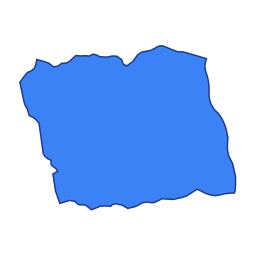 outline of Arandu, São Paulo, Brazil, rotated 257°
{"feature_id": "56859067B50939069677947", "entity_name": "Arandu", "entity_type": "district", "adm_level": 2, "iso_a3": "BRA", "parent_name": "Brazil", "parent_adm1": "São Paulo", "projection": "mercator", "projection_center": [-49.058, -23.176], "detail": "fine", "context": "isolated", "style": "filled", "palette": "blue", "viewbox_px": 256, "rotation_deg": 257, "n_neighbors": 0, "source": "geoboundaries", "source_scale": "gbopen_adm2", "svg_char_len": 1599}
<svg xmlns="http://www.w3.org/2000/svg" viewBox="0 0 256 256"><g transform="rotate(257 128 128)"><path d="M177.9,220.1L185.0,207.4L187.4,203.0L189.7,198.9L191.0,193.8L194.9,187.8L199.2,182.0L200.6,179.3L200.8,175.6L199.4,171.4L198.5,167.3L198.8,161.4L198.8,158.3L197.3,154.1L194.1,150.4L191.5,147.3L188.8,140.7L191.3,137.7L196.0,137.2L200.4,133.4L201.7,128.7L201.7,124.5L202.3,121.5L203.8,116.7L206.2,113.7L207.8,110.7L206.8,106.2L208.0,102.9L208.8,98.2L210.3,93.5L208.3,89.8L205.9,85.6L205.2,82.2L205.9,77.9L204.1,73.6L204.4,69.1L208.8,65.6L211.3,61.8L212.8,59.1L215.3,54.6L211.5,52.9L207.2,50.2L205.4,46.4L204.7,42.4L202.9,40.1L200.9,37.6L196.8,32.9L177.2,32.6L173.0,32.9L169.7,34.1L165.8,34.4L162.4,34.6L159.9,37.6L156.9,40.2L152.5,42.4L122.7,39.7L119.4,40.4L116.2,42.8L114.1,45.6L109.5,44.9L106.7,46.8L104.5,48.7L101.7,49.8L100.1,44.5L82.9,43.2L69.9,44.6L70.2,49.3L70.6,54.7L68.6,59.6L64.5,62.5L62.4,69.4L56.6,74.0L57.2,78.5L58.1,83.5L57.1,88.6L55.6,93.5L57.1,96.0L56.9,99.3L54.1,105.1L49.6,109.8L49.8,113.0L49.7,116.4L50.2,119.4L51.9,125.2L51.6,130.2L50.2,133.2L49.5,136.7L50.5,141.4L51.4,145.3L48.2,156.1L48.2,166.0L48.7,170.1L52.8,181.5L50.5,184.6L47.9,187.5L44.8,192.2L42.4,197.9L42.1,202.4L42.2,207.0L41.6,212.7L40.7,217.1L43.3,218.4L48.7,220.1L56.8,221.9L63.8,221.9L69.7,221.9L78.0,219.9L83.6,219.9L88.7,220.9L95.9,223.1L103.1,223.4L108.3,223.1L115.0,221.9L122.2,219.1L126.8,216.1L132.5,214.3L136.9,213.9L141.4,214.2L149.2,216.1L152.9,216.6L157.6,216.9L160.6,216.9L164.4,216.5L167.2,216.4L171.2,216.9L175.1,218.4L177.9,220.1Z" fill="#3b82f6" stroke="#1e3a8a" stroke-width="1.5"/></g></svg>